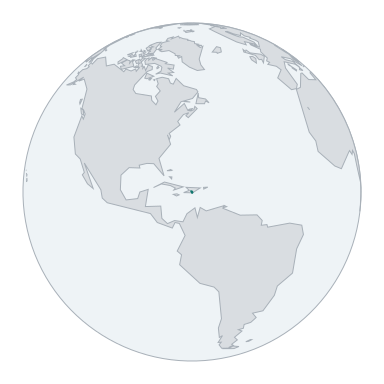 Pedernales highlighted on a globe, orthographic projection, rotated 347°
{"feature_id": "DOM-1973", "entity_name": "Pedernales", "entity_type": "Province", "adm_level": 1, "iso_a3": "DOM", "parent_name": "Dominican Republic", "parent_adm1": "", "projection": "orthographic", "projection_center": [-71.507, 17.919], "detail": "fine", "context": "on_globe", "style": "filled", "palette": "teal", "viewbox_px": 384, "rotation_deg": 347, "n_neighbors": 0, "source": "natural_earth", "source_scale": "10m", "svg_char_len": 9385}
<svg xmlns="http://www.w3.org/2000/svg" viewBox="0 0 384 384"><g transform="rotate(347 192 192)"><circle cx="192" cy="192" r="169" fill="#eef3f6" stroke="#a8b0b8"/><path d="M172.6,219.8L168.6,217.9L164.7,222.7L151.3,213.9L146.7,203.7L107.0,183.4L103.2,177.7L103.7,169.3L93.6,139.5L96.5,166.4L92.0,160.5L89.0,150.6L91.5,148.7L90.5,134.7L86.9,128.7L89.3,111.9L101.8,93.0L102.5,96.5L105.5,92.0L104.8,87.5L103.6,85.8L112.8,68.1L112.4,57.8L106.6,58.5L112.3,55.7L97.6,60.3L93.8,59.5L101.6,58.1L105.0,56.4L104.2,54.5L107.5,52.3L109.0,50.4L113.1,48.2L117.3,48.1L120.0,46.8L119.3,45.6L122.9,43.1L123.6,44.9L130.0,40.8L138.2,41.1L136.9,49.9L144.9,50.0L152.6,59.5L155.3,57.4L159.9,60.4L164.8,59.4L164.8,61.9L168.7,59.0L167.7,56.9L169.1,55.0L171.9,54.4L172.4,57.3L171.1,58.1L172.7,58.6L171.8,60.5L173.8,59.2L174.1,63.2L177.9,58.4L181.6,60.9L180.7,63.8L175.4,64.5L160.2,74.8L157.7,78.9L159.4,83.4L174.0,89.3L173.4,93.7L176.5,98.9L179.3,95.7L177.9,90.6L183.8,86.4L181.3,81.2L183.4,79.0L183.0,73.6L188.8,73.5L194.7,76.4L195.4,81.0L198.0,82.7L202.1,77.8L207.8,86.6L219.4,93.1L220.3,95.8L213.5,101.0L201.6,101.6L192.8,110.3L204.4,104.0L206.3,111.6L209.1,112.8L212.4,112.2L214.0,109.2L215.8,111.9L205.1,118.7L203.2,116.3L206.7,114.0L201.1,114.6L193.9,120.1L195.4,124.0L182.9,129.8L183.8,132.8L181.6,136.0L180.9,130.7L181.9,140.7L167.4,151.8L168.4,170.0L161.1,155.8L154.5,154.0L146.6,154.0L146.6,156.9L136.2,154.1L126.6,159.6L122.7,173.7L126.0,184.9L137.6,186.2L141.2,180.3L149.9,179.6L143.3,195.7L158.4,198.7L156.7,210.9L161.0,217.3L168.6,215.9L176.5,219.0L182.2,212.0L191.3,208.1L191.5,218.0L196.5,208.9L201.6,213.6L219.8,212.5L218.4,214.8L233.7,225.4L250.2,228.9L254.0,235.5L252.0,240.0L257.7,240.6L257.8,243.3L280.2,244.3L291.5,249.0L291.0,258.5L281.2,270.9L271.7,293.6L254.0,302.8L249.0,311.2L234.4,323.7L223.7,323.7L226.3,328.7L220.0,332.2L213.0,332.8L211.4,336.3L206.2,336.6L209.4,338.7L200.7,343.1L202.9,346.3L196.4,349.3L198.0,351.0L195.7,351.0L193.2,351.6L192.9,352.5L185.8,350.9L184.0,347.0L186.7,344.9L183.6,344.5L189.4,338.8L185.9,339.9L187.1,330.5L192.2,322.1L195.7,295.3L192.1,289.6L179.2,282.8L163.6,260.1L167.7,250.8L164.3,246.2L175.5,232.8L172.6,219.8ZM33.0,144.9L34.3,141.1L33.8,144.0L33.0,144.9ZM34.9,138.5L34.4,139.8L34.7,138.6L34.9,138.5ZM34.9,137.4L34.9,138.2L34.8,137.7L34.9,137.4ZM34.9,136.4L35.0,136.8L34.9,136.9L34.9,136.4ZM167.4,176.1L184.6,185.0L174.7,186.0L176.6,184.4L172.3,180.8L164.1,177.3L155.5,179.0L167.4,176.1ZM35.3,133.8L35.5,133.0L35.3,133.8ZM175.4,166.3L172.4,165.6L175.3,165.5L175.4,166.3ZM102.5,85.4L104.4,87.7L103.8,92.8L101.8,91.0L102.5,85.4ZM104.2,76.7L106.0,76.9L102.6,81.1L102.6,79.7L104.2,76.7ZM101.8,59.8L102.7,60.8L100.6,60.6L101.8,59.8ZM108.5,50.5L107.2,51.0L108.5,49.8L108.5,50.5ZM179.8,74.1L181.3,73.9L180.6,75.0L179.8,74.1ZM178.1,72.2L176.2,73.6L175.1,72.9L176.3,72.0L178.1,72.2ZM116.0,45.5L118.5,43.7L116.7,45.5L116.0,45.5ZM180.8,70.6L173.5,71.5L171.6,70.4L174.8,66.1L180.8,70.6ZM120.5,42.6L126.6,38.8L124.2,39.3L134.5,36.0L125.9,40.1L124.0,42.1L123.1,41.7L120.5,42.6ZM166.2,56.6L167.4,58.7L163.8,57.6L166.2,56.6ZM163.6,56.4L150.8,56.6L150.5,53.4L154.8,53.8L152.3,50.5L158.5,48.8L161.2,50.2L160.2,52.5L163.3,50.2L163.6,56.4ZM139.2,35.1L141.3,34.3L139.9,35.1L139.2,35.1ZM169.4,54.2L166.8,54.4L166.3,51.6L171.4,50.7L169.9,51.9L169.4,54.2ZM148.7,50.7L149.2,48.6L154.4,46.6L155.3,45.6L158.6,48.5L148.7,50.7ZM171.4,52.2L174.0,50.4L176.7,51.2L171.8,53.9L171.4,52.2ZM164.1,51.3L164.1,49.9L165.7,50.4L164.1,51.3ZM187.9,53.7L184.8,53.6L184.3,52.1L187.9,53.7ZM174.7,49.8L173.8,49.5L173.2,49.0L175.4,48.1L174.7,49.8ZM162.0,47.0L164.0,46.8L160.9,45.7L164.6,44.5L166.2,46.7L167.1,45.2L168.2,44.8L168.2,47.2L162.0,47.0ZM176.0,45.7L179.2,48.6L185.0,48.9L185.6,50.1L176.2,49.5L176.0,45.7ZM171.4,46.3L174.4,46.2L173.6,47.7L171.1,48.7L171.4,46.3ZM166.6,42.9L160.5,44.2L160.3,43.7L166.6,42.9ZM177.8,45.4L177.0,44.8L178.3,45.3L177.8,45.4ZM170.2,43.2L168.1,43.7L168.0,43.1L170.2,43.2ZM177.1,43.2L178.2,44.0L176.5,44.7L177.1,43.2ZM174.1,43.0L174.5,42.0L175.3,44.4L173.1,43.2L174.1,43.0ZM170.5,42.6L169.7,42.4L171.4,42.5L170.5,42.6ZM182.8,40.5L184.3,43.3L180.6,44.6L179.7,41.6L182.8,40.5ZM197.6,354.0L186.4,351.5L192.7,352.7L197.1,351.3L203.0,353.1L197.6,354.0ZM210.7,350.0L215.8,348.9L217.0,349.3L213.7,350.2L210.7,350.0ZM323.4,85.8L325.8,89.4L321.3,84.5L313.2,74.4L312.2,73.3L323.4,85.8ZM305.2,66.6L305.0,66.4L300.1,62.2L305.2,66.6ZM299.5,61.7L304.0,65.6L305.5,66.9L308.5,69.7L307.3,68.9L305.3,67.0L305.5,67.6L314.8,77.1L317.4,79.4L320.6,85.3L325.1,89.8L327.6,93.7L320.9,87.5L318.1,84.3L309.4,80.3L312.7,84.0L321.1,88.3L320.5,88.8L325.1,94.8L321.2,90.7L311.1,85.8L311.0,92.3L318.8,110.7L317.1,114.7L312.0,114.7L301.2,100.1L306.3,93.0L302.5,88.5L294.6,84.7L296.8,83.1L294.2,81.0L295.5,78.4L290.5,70.9L290.8,68.3L282.4,61.9L281.4,59.9L286.6,64.1L290.4,65.9L290.3,60.6L288.3,58.6L282.9,55.0L283.5,54.4L278.2,51.7L275.0,47.9L274.5,50.5L268.1,47.3L262.6,43.5L260.4,43.1L269.4,49.3L273.0,51.5L276.3,52.5L286.1,59.9L287.6,62.6L277.0,57.3L277.9,60.8L269.2,55.8L250.3,40.9L245.7,37.0L251.8,35.9L256.6,37.9L256.8,39.2L262.6,40.4L259.3,39.1L259.8,38.8L253.8,36.3L253.9,36.0L248.0,34.3L247.4,33.7L251.2,34.8L241.8,31.2L238.9,29.9L236.7,29.3L235.2,29.1L232.5,28.0L231.0,27.6L231.3,27.8L228.6,27.4L222.7,26.4L222.1,26.0L224.2,26.3L227.4,26.8L240.5,30.1L253.2,34.5L265.6,39.9L277.4,46.2L288.8,53.5L299.5,61.7ZM226.2,26.5L223.1,26.1L219.8,25.7L221.0,25.6L220.3,25.6L218.4,25.3L216.0,24.8L214.3,24.8L194.6,23.9L187.9,23.5L191.3,23.2L176.8,23.9L170.5,24.4L170.8,24.4L164.1,25.5L166.0,25.2L165.6,25.4L149.3,29.3L145.0,30.4L138.3,33.1L138.4,33.3L141.2,32.5L134.5,36.0L124.2,39.3L124.4,38.7L117.9,41.7L119.2,40.2L117.3,40.6L121.7,38.4L126.5,36.2L127.4,35.9L127.1,36.0L138.9,31.6L151.1,28.1L163.4,25.5L175.9,23.8L188.5,23.1L201.2,23.3L213.7,24.4L226.2,26.5ZM351.2,248.6L352.7,244.1L356.7,229.8L358.4,220.6L358.5,203.9L358.8,191.2L357.8,187.6L356.4,191.4L354.8,187.1L353.6,188.5L342.8,202.9L337.0,198.8L324.0,180.8L324.1,170.1L319.7,160.1L316.8,115.5L321.2,114.4L324.7,100.9L326.0,100.8L331.0,108.7L337.9,110.5L333.8,102.5L334.6,101.4L334.2,100.8L340.3,111.0L345.6,121.6L350.1,132.5L353.9,143.8L356.9,155.2L359.1,166.9L360.4,178.6L361.0,190.5L360.6,202.3L359.5,214.1L357.6,225.8L354.8,237.3L351.2,248.6ZM323.7,135.2L325.1,138.4L323.7,135.2ZM220.3,212.3L222.5,214.1L219.6,214.3L220.3,212.3ZM173.3,190.1L176.9,190.4L178.8,191.9L176.0,192.4L173.3,190.1ZM204.3,190.1L208.5,190.8L204.1,191.8L204.3,190.1ZM187.3,186.1L200.9,189.9L192.3,192.9L183.7,190.7L189.7,189.8L187.3,186.1ZM173.5,172.1L175.8,172.8L175.1,174.7L173.5,172.1ZM177.5,166.3L176.6,166.5L175.5,164.9L177.5,166.3ZM206.9,111.2L207.9,110.7L211.2,110.8L209.6,112.1L206.9,111.2ZM226.1,104.4L228.7,108.9L225.7,106.4L224.0,108.8L215.7,106.8L220.3,97.0L219.7,101.6L226.1,104.4ZM205.9,102.1L210.6,104.0L205.2,102.3L205.9,102.1ZM278.8,73.2L281.4,73.4L284.2,76.3L283.8,80.9L279.8,76.6L278.8,73.2ZM284.5,73.1L274.0,67.3L273.8,64.6L275.7,67.0L276.6,65.8L279.9,69.5L289.9,73.2L293.0,76.1L290.7,82.2L289.7,78.4L287.2,78.2L284.5,73.1ZM247.7,61.5L243.2,60.2L248.6,55.9L252.2,57.8L252.1,62.1L247.8,62.6L247.7,61.5ZM187.8,63.4L185.7,64.0L185.6,63.1L187.2,61.8L187.8,63.4ZM186.5,53.8L196.8,60.1L194.9,61.0L203.1,64.3L201.4,68.1L196.1,65.7L201.0,71.4L195.6,70.8L199.4,74.5L187.8,68.9L183.1,69.0L189.0,67.3L190.7,63.8L190.0,62.3L184.6,58.3L175.3,57.2L175.5,53.9L178.1,51.9L180.3,51.7L179.5,53.8L183.1,51.9L183.6,54.9L186.5,53.8ZM208.5,36.7L206.6,38.2L214.0,37.1L214.5,39.1L215.4,38.9L217.9,40.6L222.4,42.4L221.9,43.4L223.8,43.7L225.6,45.0L228.1,45.9L228.0,48.0L231.1,49.3L229.3,49.6L234.7,51.4L230.7,51.1L232.5,53.1L235.4,52.4L228.9,64.1L229.2,70.1L231.7,75.5L224.5,74.8L217.5,69.7L211.7,63.0L212.4,57.7L209.0,58.6L208.4,56.5L211.3,56.6L206.4,55.2L206.6,53.5L201.4,49.0L194.1,48.5L192.1,47.0L195.1,46.4L190.9,45.5L195.1,43.5L193.8,42.5L196.6,39.9L203.1,39.7L201.1,38.6L203.1,36.9L208.5,36.7ZM183.8,39.7L191.5,38.5L195.6,39.1L189.1,43.6L189.7,44.8L185.6,48.2L179.8,47.3L181.5,46.3L181.8,45.2L183.5,45.9L182.4,44.6L184.7,43.4L184.4,42.0L187.0,41.9L183.8,39.7ZM324.2,97.0L324.6,96.3L324.5,94.6L327.4,98.6L324.2,97.0ZM317.5,93.7L317.4,92.4L321.4,96.6L321.0,97.5L317.5,93.7ZM314.0,88.4L317.1,92.0L315.2,90.5L314.0,88.4ZM286.2,62.9L285.7,61.6L286.9,62.3L288.8,64.0L286.2,62.9ZM230.5,35.8L228.8,36.1L227.8,35.6L222.0,35.2L221.2,33.9L224.3,33.7L230.5,35.8ZM328.6,94.3L329.2,94.1L329.4,95.4L328.6,94.3ZM228.6,34.3L226.4,34.2L227.3,33.6L228.6,34.3ZM220.3,33.0L220.8,32.3L220.4,33.7L220.3,33.0ZM218.0,26.4L227.0,28.2L232.9,29.3L235.3,29.4L235.8,30.4L226.7,28.6L218.0,26.4ZM197.6,24.1L195.5,24.5L193.8,24.2L194.0,24.1L197.6,24.1ZM198.1,24.4L200.4,25.2L197.6,25.4L196.3,24.7L198.1,24.4ZM214.9,28.8L217.6,29.3L216.8,29.6L214.9,28.8ZM140.5,34.2L141.2,34.3L139.4,34.7L140.5,34.2ZM166.8,25.3L166.0,25.5L163.9,25.8L166.8,25.3ZM162.7,26.6L165.6,26.1L162.8,26.7L162.7,26.6ZM172.1,25.0L166.9,25.9L171.5,24.9L172.1,25.0Z" fill="#d9dde1" stroke="#a8b0b8" stroke-width="1"/><path d="M191.2,191.6L191.3,191.6L191.3,191.4L191.2,191.3L191.2,191.2L191.3,191.2L191.4,190.9L191.6,191.0L191.9,191.1L192.0,191.2L192.2,191.3L192.3,191.4L192.3,191.5L192.2,191.7L192.3,191.9L192.4,192.0L192.5,192.0L192.6,192.3L192.4,192.7L192.4,192.8L192.2,192.9L192.0,192.5L191.9,192.5L191.8,192.4L191.6,192.5L191.5,192.4L191.6,192.2L191.6,191.9L191.4,191.7L191.2,191.6ZM192.0,193.1L191.9,193.1L191.9,192.9L192.0,192.9L192.1,193.0L192.0,193.1Z" fill="#14b8a6" stroke="#0f766e" stroke-width="1.5"/></g></svg>